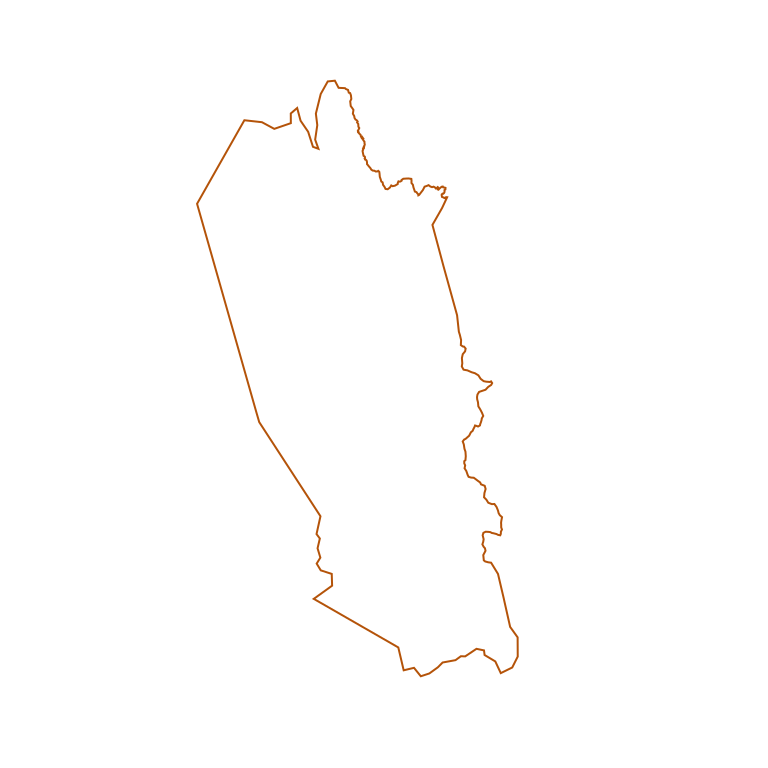 San Benito, California, United States of America (Albers equal-area conic projection), rotated 210°
{"feature_id": "52423323B5435817984489", "entity_name": "San Benito", "entity_type": "district", "adm_level": 2, "iso_a3": "USA", "parent_name": "United States of America", "parent_adm1": "California", "projection": "albers", "projection_center": [-121.114, 36.593], "detail": "fine", "context": "isolated", "style": "outline", "palette": "amber", "viewbox_px": 768, "rotation_deg": 210, "n_neighbors": 0, "source": "geoboundaries", "source_scale": "gbopen_adm2", "svg_char_len": 3958}
<svg xmlns="http://www.w3.org/2000/svg" viewBox="0 0 768 768"><g transform="rotate(210 384 384)"><path d="M131.2,202.6L131.9,214.8L141.6,231.4L153.3,236.7L171.1,256.0L173.1,258.2L190.3,276.5L201.9,282.8L204.6,281.7L207.7,280.9L209.4,281.2L212.5,285.5L212.7,290.3L214.4,292.2L216.4,292.9L218.6,294.3L219.2,297.0L220.1,299.4L222.9,302.3L223.5,304.8L222.1,306.9L219.5,308.2L217.8,308.9L216.1,308.9L214.8,309.4L211.6,310.3L209.7,310.4L207.7,311.1L207.9,312.6L208.9,314.5L209.1,317.0L210.8,318.4L212.2,320.8L213.2,322.3L214.0,324.2L215.2,327.7L218.1,328.3L220.2,329.5L222.0,331.4L225.1,333.8L228.4,335.3L230.5,333.9L234.3,333.3L237.5,335.0L240.7,335.9L242.5,339.8L243.5,343.9L245.9,346.2L249.8,345.6L251.5,346.8L254.4,347.1L257.6,347.5L259.4,347.7L261.8,346.5L264.3,345.9L266.1,347.1L269.2,349.8L272.1,351.3L273.0,354.1L274.8,355.4L275.9,357.3L275.4,358.8L277.1,362.4L279.6,366.1L281.9,368.1L284.7,371.6L287.1,373.6L286.8,376.0L285.9,377.3L284.4,381.8L284.6,385.6L283.8,387.8L284.1,390.1L284.1,391.7L284.4,393.6L282.8,394.0L281.3,394.2L280.2,396.1L280.6,397.3L281.0,399.6L281.5,401.6L282.1,403.1L282.1,406.0L284.8,408.1L288.1,410.2L291.1,411.8L293.5,415.2L295.7,417.4L296.9,419.2L297.8,421.6L297.7,424.7L295.5,427.2L293.2,429.8L292.3,433.6L290.7,436.8L290.8,438.9L292.6,439.8L293.3,438.7L296.7,437.1L299.1,436.3L302.9,436.8L306.6,438.7L310.7,438.8L314.0,438.0L318.6,437.5L321.1,436.6L322.3,436.2L325.4,438.1L326.5,441.0L329.5,445.4L330.7,449.2L330.1,452.8L331.0,455.5L333.4,456.4L334.5,455.9L336.9,456.1L339.2,460.6L342.9,464.5L345.3,466.7L355.1,480.1L380.3,504.9L391.3,515.7L421.6,546.0L421.7,565.5L422.7,577.3L423.2,577.1L424.0,576.4L423.9,575.6L424.7,575.2L425.7,575.3L427.3,575.0L428.5,576.4L428.8,577.0L428.4,578.2L427.9,578.3L427.5,579.3L427.6,580.6L428.6,582.2L428.1,583.2L428.8,584.6L429.4,584.5L431.1,583.9L431.8,584.4L432.5,583.9L433.1,582.7L433.7,580.9L434.0,579.5L434.7,579.4L435.0,580.2L435.0,580.7L435.4,581.3L436.0,581.4L436.2,580.6L436.1,580.0L436.9,579.2L437.9,579.7L439.7,579.7L440.8,578.5L442.6,578.2L444.8,578.5L446.0,576.9L447.5,575.2L447.3,571.4L447.8,567.8L448.1,565.4L448.6,564.6L449.3,565.5L450.4,565.7L451.8,566.4L453.5,566.1L454.6,567.1L456.8,569.0L458.6,571.0L460.7,571.8L461.9,574.0L462.9,575.3L465.6,574.2L467.2,573.2L469.9,571.4L470.8,569.5L470.4,568.9L471.0,567.6L472.1,566.8L472.8,566.7L472.7,565.4L472.1,564.0L473.7,561.2L475.5,559.6L477.0,559.6L477.1,557.1L478.2,554.5L480.2,553.7L482.3,555.1L484.4,556.0L486.0,557.9L487.6,558.0L489.1,559.5L491.2,561.3L493.3,564.3L494.2,565.4L495.6,565.7L496.0,564.8L497.4,563.9L499.0,563.9L500.4,563.2L502.2,563.3L503.8,564.2L505.9,564.9L507.6,565.6L508.6,565.9L509.7,567.7L510.8,568.8L511.8,569.1L512.5,568.9L513.5,569.6L513.4,570.2L514.3,571.3L515.8,571.4L517.8,573.6L519.1,575.1L519.2,576.6L519.8,577.0L519.9,577.7L519.7,577.5L519.3,578.3L519.8,579.2L520.4,581.8L521.3,582.8L522.1,584.1L523.7,584.7L524.5,585.3L524.5,586.0L525.0,586.0L525.4,585.7L525.9,586.2L525.8,586.3L525.7,586.7L526.4,587.0L526.4,586.6L526.6,586.1L528.0,587.0L528.9,588.1L530.3,588.4L531.5,588.8L531.7,589.3L532.3,589.7L532.6,589.4L533.3,590.3L533.2,591.4L533.4,593.3L534.8,594.0L536.3,596.3L538.1,597.1L538.1,598.2L539.6,598.8L540.9,598.8L542.6,599.7L543.7,601.1L546.1,602.5L547.5,606.1L549.1,606.9L551.8,608.1L554.6,611.9L554.8,614.5L557.0,617.5L558.8,619.0L560.2,618.7L562.2,620.7L564.5,620.4L565.7,620.7L571.4,617.8L578.2,622.1L584.0,617.9L583.8,603.5L578.2,584.1L571.2,574.8L565.8,561.2L558.4,554.9L564.1,553.9L575.8,564.5L587.9,570.3L597.2,579.6L600.0,571.7L595.1,563.3L606.6,550.1L620.6,549.7L636.8,542.6L636.0,446.6L480.2,295.5L473.0,288.6L372.9,237.7L367.4,220.3L362.3,218.1L359.4,208.5L352.3,201.8L352.5,194.8L345.6,191.0L334.3,193.4L328.1,183.4L337.4,162.8L239.9,163.0L223.8,145.9L216.1,153.2L206.0,149.3L200.0,156.0L195.7,165.6L194.0,172.1L184.0,180.6L181.3,186.7L177.5,188.7L171.5,200.9L164.2,203.3L161.4,199.6L148.9,199.4L138.3,192.0L131.2,202.6Z" fill="none" stroke="#b45309" stroke-width="2"/></g></svg>